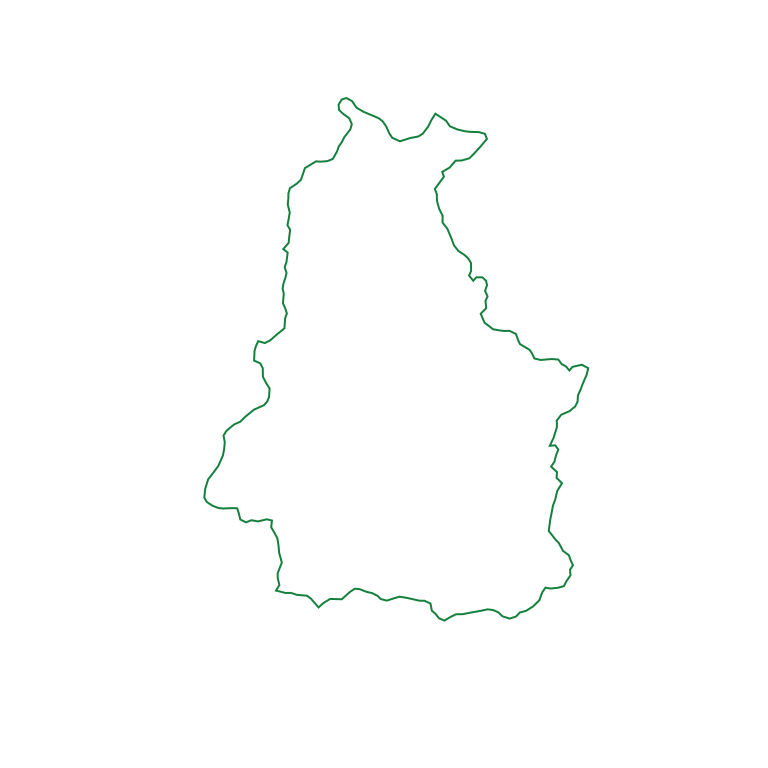 the district of Hidrolina, Goiás, Brazil, rotated 240°
{"feature_id": "56859067B15910924353869", "entity_name": "Hidrolina", "entity_type": "district", "adm_level": 2, "iso_a3": "BRA", "parent_name": "Brazil", "parent_adm1": "Goiás", "projection": "robinson", "projection_center": [-49.351, -14.737], "detail": "fine", "context": "isolated", "style": "outline", "palette": "green", "viewbox_px": 768, "rotation_deg": 240, "n_neighbors": 0, "source": "geoboundaries", "source_scale": "gbopen_adm2", "svg_char_len": 3262}
<svg xmlns="http://www.w3.org/2000/svg" viewBox="0 0 768 768"><g transform="rotate(240 384 384)"><path d="M610.8,436.4L610.5,423.5L602.4,414.2L601.1,408.5L600.6,400.4L596.7,396.4L592.4,393.9L587.6,390.4L579.6,388.1L574.3,383.7L569.8,379.8L564.4,379.8L559.1,375.7L553.9,372.0L551.2,364.2L546.0,366.3L538.4,360.5L534.8,356.4L528.9,355.1L525.6,352.0L521.3,347.2L517.3,343.9L512.4,342.4L504.5,336.9L497.7,336.1L493.6,335.1L490.3,331.2L482.0,325.6L480.3,315.1L478.7,307.2L479.0,301.3L484.0,296.5L480.8,292.0L477.5,288.5L469.2,283.2L463.7,287.2L458.3,286.9L450.7,282.7L443.5,282.4L437.3,282.7L430.1,277.8L427.2,274.1L425.7,269.4L426.8,258.5L425.0,247.5L423.2,240.6L423.9,234.5L423.1,228.6L422.1,223.9L419.5,219.2L413.4,217.1L407.5,213.0L402.5,208.6L399.0,203.8L395.8,199.4L391.6,189.6L389.4,184.1L382.6,176.7L375.3,171.5L370.3,171.6L364.2,174.7L359.2,178.8L356.5,182.7L352.4,190.5L349.8,194.7L344.6,193.6L338.5,191.8L333.2,195.3L332.3,201.1L328.0,206.2L325.4,214.9L321.8,218.7L316.4,214.7L310.4,214.7L303.6,214.5L296.5,211.7L290.2,208.8L280.4,206.2L273.3,197.3L268.8,194.8L262.2,192.9L259.1,187.2L252.3,194.2L249.5,199.1L245.0,203.1L239.2,211.4L234.6,213.4L223.2,215.6L224.6,221.8L224.8,229.9L218.7,239.8L221.0,250.8L221.3,256.4L218.4,260.4L212.7,265.0L208.9,269.1L203.9,272.4L199.3,273.7L195.0,278.2L193.8,283.7L192.1,291.0L187.0,297.3L178.8,306.1L176.1,310.6L170.7,314.5L163.8,312.1L159.0,313.7L153.5,314.5L148.9,318.1L149.0,324.7L148.6,331.2L145.3,337.1L142.6,345.0L139.4,353.8L137.0,361.1L133.7,365.5L128.9,368.9L123.5,370.5L118.0,375.6L116.6,382.1L118.2,387.2L116.5,393.7L116.9,402.2L119.0,410.3L124.5,417.0L126.9,422.0L123.7,425.8L120.6,432.6L119.0,438.7L121.7,442.8L125.1,449.9L130.1,452.2L132.6,457.1L137.4,457.4L143.3,458.5L149.9,455.6L159.0,455.9L163.1,454.8L174.3,453.2L183.6,460.3L188.8,464.9L194.1,469.4L198.4,474.6L204.8,480.6L209.1,488.6L216.4,486.5L221.2,489.8L228.9,487.4L231.5,492.8L236.0,497.1L240.1,502.2L245.3,501.6L247.6,496.7L252.4,503.7L260.1,512.1L266.0,515.4L268.8,522.2L267.7,531.0L269.0,538.4L271.9,542.8L277.2,546.3L280.6,551.1L284.1,555.3L291.1,564.6L295.6,568.8L301.8,564.9L304.6,555.8L303.0,551.3L308.1,550.4L312.5,547.8L318.0,547.2L321.6,542.0L323.9,537.3L326.4,531.8L330.9,527.0L336.4,527.5L340.7,527.2L350.6,521.7L355.8,522.2L361.3,523.3L367.4,519.2L369.6,514.9L372.7,510.8L376.9,505.8L382.7,503.5L386.8,501.7L396.5,502.9L398.6,510.5L405.2,513.4L408.1,517.5L414.1,518.1L418.2,522.7L422.5,524.0L427.2,522.5L430.2,517.3L428.8,512.9L435.3,511.9L438.4,516.0L445.5,519.9L451.2,519.6L455.8,518.1L461.9,515.0L468.9,513.9L476.5,515.2L486.8,516.5L494.5,515.4L500.4,518.9L508.4,519.4L516.3,521.5L521.8,524.6L527.5,525.6L533.6,539.5L538.6,540.5L538.6,549.0L541.6,557.7L538.7,563.1L536.8,570.7L538.4,576.9L541.3,586.0L544.8,595.7L550.2,596.5L554.8,592.0L558.9,585.3L562.1,580.8L567.8,574.8L574.3,569.9L581.0,569.4L592.4,563.6L588.8,556.9L584.9,551.1L581.4,542.8L581.2,537.5L583.9,529.7L586.2,519.2L593.2,514.2L598.7,513.9L605.8,514.7L612.1,514.2L616.7,512.4L630.2,502.2L637.2,498.3L645.0,497.8L650.5,494.4L651.5,489.6L648.6,484.3L643.8,482.1L638.1,483.8L631.6,486.8L625.0,486.0L621.3,482.1L617.6,473.0L614.4,468.1L612.4,463.7L608.8,459.5L604.5,452.2L605.3,446.5L608.1,440.5L610.8,436.4Z" fill="none" stroke="#15803d" stroke-width="2"/></g></svg>